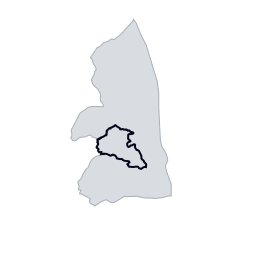 Bong on a map of Liberia (Mercator projection), rotated 225°
{"feature_id": "LBR-784", "entity_name": "Bong", "entity_type": "County", "adm_level": 1, "iso_a3": "LBR", "parent_name": "Liberia", "parent_adm1": "", "projection": "mercator", "projection_center": [-9.669, 6.93], "detail": "fine", "context": "in_parent", "style": "outline", "palette": "ink", "viewbox_px": 256, "rotation_deg": 225, "n_neighbors": 0, "source": "natural_earth", "source_scale": "10m", "svg_char_len": 5639}
<svg xmlns="http://www.w3.org/2000/svg" viewBox="0 0 256 256"><g transform="rotate(225 128 128)"><path d="M49.4,110.4L51.4,108.6L54.4,103.1L58.6,97.8L62.4,94.6L65.5,91.4L68.8,88.9L73.5,86.0L80.6,78.3L82.3,77.4L83.4,72.1L85.2,65.4L87.3,63.3L92.2,62.0L93.3,60.9L95.0,56.1L96.1,50.6L96.2,49.4L98.2,49.2L101.4,48.0L103.3,48.6L104.2,50.2L104.6,51.5L114.6,48.1L115.4,47.3L116.0,47.5L117.2,50.6L117.9,50.4L118.5,49.5L119.2,49.4L120.0,49.8L120.7,51.3L122.0,52.6L124.2,53.5L125.5,54.7L125.4,58.1L125.9,61.3L126.8,62.1L127.3,64.0L127.6,66.1L128.1,67.2L128.5,69.4L128.3,71.7L128.7,73.3L130.3,76.1L131.2,79.6L131.2,82.1L130.7,84.7L129.6,87.1L127.8,89.7L127.6,90.7L128.7,91.4L130.4,91.5L131.8,91.0L135.3,92.2L137.1,93.9L138.8,96.0L140.2,97.1L140.9,98.4L143.4,98.1L146.3,96.8L146.9,96.2L147.7,96.5L149.6,96.6L150.9,94.3L152.0,91.6L154.2,88.7L155.3,87.6L155.6,85.8L155.7,83.4L156.5,81.3L158.4,80.2L160.4,80.2L161.5,80.6L162.0,82.6L163.7,84.2L165.0,85.2L165.8,85.6L166.9,86.8L168.0,90.9L172.3,103.9L172.1,107.5L171.2,109.8L171.2,112.1L170.9,114.4L168.3,118.1L160.5,125.7L161.1,126.4L163.0,127.3L164.9,127.7L166.4,127.5L168.4,129.4L170.5,131.8L172.7,133.0L175.9,134.1L178.6,134.2L181.0,133.8L184.4,134.3L187.9,136.2L189.2,139.5L190.0,142.3L191.3,143.8L191.4,146.2L194.0,148.4L197.6,148.8L202.3,151.4L203.5,151.2L204.0,150.9L204.5,151.4L205.7,158.7L206.6,162.6L206.2,164.1L205.5,165.4L205.5,171.3L203.4,174.7L203.0,178.4L202.4,179.6L200.2,180.6L200.1,183.5L199.5,186.9L199.3,190.6L199.9,200.2L200.1,207.3L201.1,208.7L196.7,208.1L183.7,202.6L173.7,199.5L140.3,181.6L131.0,174.5L120.3,163.8L96.5,142.3L91.1,138.8L84.2,137.2L80.0,135.3L77.0,133.3L74.6,127.4L68.6,123.8L57.6,118.8L49.4,110.4Z" fill="#d9dde1" stroke="#a8b0b8" stroke-width="1"/><path d="M126.7,92.4L127.1,92.2L128.2,91.1L128.6,90.5L129.3,91.8L129.8,92.2L130.4,91.3L130.6,91.3L130.8,91.1L130.9,90.7L131.0,90.6L131.4,90.5L132.0,90.5L132.5,90.6L132.8,90.7L133.1,90.9L133.4,91.2L133.7,92.0L133.9,92.2L134.5,92.3L135.8,92.0L136.4,92.0L137.0,92.8L137.5,95.2L138.4,96.1L138.7,96.2L139.5,96.1L139.7,96.3L139.7,96.9L140.0,97.2L140.8,97.6L140.9,98.1L140.6,99.4L141.0,99.0L141.3,98.9L141.2,99.3L139.9,103.5L139.2,104.4L139.2,105.0L139.1,105.4L139.0,105.9L138.9,106.2L138.9,106.7L138.9,106.8L138.2,107.5L138.4,108.0L138.6,108.3L138.8,108.4L139.1,108.6L139.3,108.7L139.4,108.9L139.4,109.2L139.6,109.4L139.7,109.6L139.8,109.7L139.9,110.2L140.0,110.3L140.3,110.4L140.5,110.4L140.7,110.5L140.9,110.8L141.2,111.2L141.2,111.5L141.0,112.6L140.9,113.0L141.0,113.3L141.1,114.1L141.1,114.4L141.0,114.6L140.7,114.8L140.6,115.0L140.4,115.1L140.3,115.3L140.1,115.4L140.2,115.6L140.3,115.8L140.4,116.0L140.3,116.4L140.1,116.7L140.0,116.8L139.9,117.0L139.6,117.6L139.6,117.8L139.6,118.0L139.5,118.6L139.4,118.8L139.3,119.0L139.0,119.4L139.0,119.6L139.2,120.0L139.2,120.3L139.0,120.9L138.9,121.1L138.7,121.2L138.3,121.2L137.9,121.2L137.3,121.2L133.6,122.1L133.2,122.1L133.1,121.9L133.0,121.7L132.7,121.6L132.5,121.8L132.2,122.0L131.6,122.4L131.5,122.6L131.4,122.8L131.3,123.0L131.2,123.3L130.8,123.7L130.6,123.7L130.2,123.7L130.0,123.8L129.3,124.5L128.7,124.9L128.5,125.2L128.3,125.7L128.1,125.7L127.9,125.7L127.5,125.6L127.3,125.7L127.1,125.8L127.0,126.0L126.8,126.0L126.6,125.9L126.3,125.9L126.2,126.0L126.1,126.4L125.8,126.7L125.6,127.0L125.3,127.1L124.9,127.1L124.4,127.2L124.2,127.1L123.8,127.0L123.5,126.9L123.3,127.0L122.6,127.7L121.6,128.3L121.1,128.4L120.8,128.4L120.7,128.3L120.6,128.1L120.5,127.8L120.5,127.7L120.5,127.4L120.6,127.2L121.0,126.6L121.9,125.4L122.5,124.9L122.9,124.3L123.0,124.2L123.1,123.9L123.1,123.6L123.0,123.4L122.9,123.2L122.7,122.9L121.8,122.1L120.8,120.9L120.6,120.7L120.4,120.6L120.0,120.4L119.8,120.4L119.6,120.4L117.6,120.6L117.3,120.6L117.1,120.5L117.0,120.4L116.8,120.2L117.6,118.5L117.8,117.9L117.8,117.7L117.8,117.4L117.7,117.0L117.7,116.8L117.6,116.5L117.5,116.4L117.3,116.2L117.1,115.9L116.6,115.5L115.9,115.1L115.6,115.0L115.3,114.9L114.9,114.8L114.6,114.8L114.3,114.9L114.1,115.2L113.9,115.5L113.7,115.8L113.7,116.0L113.7,116.5L113.8,117.4L113.7,117.6L113.6,117.9L113.0,118.4L112.9,118.5L112.8,118.8L112.7,119.1L112.6,119.4L112.6,120.0L112.5,120.4L112.4,120.6L112.1,120.9L111.6,121.1L111.4,121.1L111.1,121.1L110.9,120.9L110.6,120.6L109.9,119.7L109.5,119.4L109.4,119.3L108.5,119.0L106.9,118.7L106.6,118.6L106.4,118.7L106.0,118.8L105.1,119.3L104.6,119.5L104.3,119.5L104.0,119.5L99.3,117.9L98.9,117.7L98.6,117.5L98.3,117.2L97.6,116.5L97.4,116.4L97.2,116.2L96.7,115.9L96.3,115.8L96.1,115.8L95.5,115.8L94.7,115.9L93.4,115.9L92.8,115.4L92.4,115.3L92.2,115.3L91.9,115.3L91.5,115.4L89.9,115.3L89.4,115.1L89.0,114.8L88.9,114.5L87.7,113.1L88.3,112.8L88.5,112.6L89.1,111.5L89.5,110.3L89.6,109.6L89.6,108.8L89.7,108.6L90.0,108.3L90.3,108.1L91.6,107.5L91.9,107.4L92.0,107.4L93.0,107.6L93.3,107.6L93.6,107.5L93.9,107.4L94.2,107.2L95.4,105.9L96.0,105.1L96.4,104.4L96.6,104.2L99.1,102.1L99.4,101.7L99.5,101.6L99.9,101.4L100.9,101.5L102.3,101.8L102.8,102.0L102.9,102.3L102.8,102.5L102.7,102.6L102.6,102.8L102.4,103.1L102.5,103.2L102.6,103.3L102.7,103.5L102.8,103.9L102.9,104.0L103.0,104.4L103.0,104.5L102.9,104.6L102.8,104.8L103.0,104.9L103.4,105.1L104.0,105.0L104.7,104.5L105.9,103.3L107.3,102.4L108.1,102.0L109.0,101.8L109.2,101.7L109.5,101.7L109.7,101.8L109.9,101.9L110.1,101.9L110.3,101.8L110.5,101.6L110.9,101.3L111.6,100.4L112.3,99.9L113.7,99.1L114.2,98.6L115.4,99.1L115.9,99.3L117.3,99.4L117.6,99.4L117.9,99.3L118.2,99.2L118.9,98.7L119.2,98.6L119.2,98.8L119.8,98.5L120.2,98.0L120.5,97.4L120.3,97.0L120.5,96.5L120.8,96.1L121.2,95.8L122.2,95.6L123.0,95.2L123.8,95.0L124.5,94.7L125.9,93.7L126.9,92.8L126.8,92.6L126.7,92.4L126.7,92.4Z" fill="none" stroke="#020617" stroke-width="2"/></g></svg>